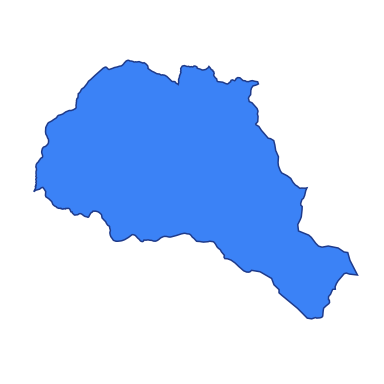 Luncoiu De Jos, Hunedoara, Romania (Albers equal-area conic projection), rotated 175°
{"feature_id": "2599482B97743802111601", "entity_name": "Luncoiu De Jos", "entity_type": "district", "adm_level": 2, "iso_a3": "ROU", "parent_name": "Romania", "parent_adm1": "Hunedoara", "projection": "albers", "projection_center": [22.778, 46.083], "detail": "fine", "context": "isolated", "style": "filled", "palette": "blue", "viewbox_px": 384, "rotation_deg": 175, "n_neighbors": 0, "source": "geoboundaries", "source_scale": "gbopen_adm2", "svg_char_len": 6058}
<svg xmlns="http://www.w3.org/2000/svg" viewBox="0 0 384 384"><g transform="rotate(175 192 192)"><path d="M190.7,318.3L192.5,316.0L192.5,313.8L192.9,313.0L192.6,312.2L193.4,310.4L194.3,308.9L194.4,308.0L195.0,306.3L195.5,305.6L195.6,304.7L195.8,302.0L196.4,300.3L197.0,300.9L198.4,301.8L199.3,303.3L200.4,303.7L201.4,303.6L202.5,304.1L207.0,309.3L209.0,310.7L211.2,311.3L212.5,311.2L214.2,312.4L215.5,312.6L216.9,313.0L219.4,314.7L221.4,315.8L225.1,318.9L224.9,319.9L225.2,321.7L226.9,323.8L228.5,325.0L229.6,324.7L229.8,324.8L230.9,325.4L231.6,325.6L233.0,326.4L233.9,326.5L235.7,326.3L236.7,326.6L238.2,326.5L238.6,326.6L239.0,327.0L240.3,327.5L241.3,327.8L242.3,327.9L243.4,328.6L244.2,328.8L245.2,328.6L246.4,328.1L246.8,327.6L247.9,326.8L248.7,325.8L249.8,324.8L251.1,323.9L252.0,323.7L252.7,323.7L253.6,323.6L255.5,323.1L258.7,322.7L259.3,322.4L263.6,321.3L264.4,321.4L264.8,321.8L266.4,323.7L267.5,324.0L269.7,323.1L278.3,316.7L283.1,312.9L285.4,311.4L287.1,309.1L290.5,305.5L291.8,304.8L293.1,304.0L294.5,301.7L295.6,300.5L296.7,299.9L297.3,296.5L297.6,295.6L298.4,295.2L298.7,294.4L299.1,293.4L299.2,291.9L299.5,291.1L299.5,290.3L300.0,288.5L300.0,286.6L300.1,286.1L300.9,285.2L301.8,284.9L302.9,284.3L305.3,283.7L307.2,283.9L310.8,282.8L314.1,280.9L316.4,280.3L318.4,280.0L319.5,279.2L320.3,278.0L320.8,277.6L323.7,276.1L325.7,274.9L328.7,273.7L329.6,273.0L331.4,270.2L332.1,268.8L332.7,264.7L332.6,262.7L332.5,262.2L331.7,260.6L331.1,258.3L330.6,257.6L330.5,256.9L330.4,255.4L330.8,253.3L331.4,252.4L332.0,251.7L333.0,251.0L333.6,250.4L334.1,250.1L335.0,250.0L336.1,249.6L337.1,248.5L337.5,247.8L337.8,246.6L338.1,246.0L338.3,244.8L338.2,243.7L337.7,241.7L337.7,240.7L337.8,240.0L338.2,239.4L338.9,239.2L339.8,238.7L340.3,238.2L340.5,237.6L341.5,236.8L342.2,235.6L343.6,234.5L344.7,233.1L345.4,230.5L345.0,229.7L345.0,227.3L345.5,226.4L345.8,223.9L345.7,222.8L345.7,222.3L346.2,221.1L346.1,220.7L345.6,219.7L346.4,218.6L346.5,218.1L346.4,217.5L346.2,216.8L346.1,216.2L346.6,215.5L346.7,215.0L346.4,214.4L346.4,213.8L346.6,213.3L347.1,212.6L347.2,212.2L346.8,211.9L346.9,211.6L347.5,211.1L347.7,210.8L347.3,210.2L347.3,209.8L349.6,206.1L347.5,207.4L343.6,208.1L341.6,209.4L340.2,209.6L339.1,207.9L337.7,205.2L338.3,201.4L338.0,200.0L335.2,197.7L332.6,194.7L331.7,191.8L330.8,190.7L329.6,189.7L328.4,189.0L327.9,188.2L326.3,187.4L324.7,187.2L323.9,186.8L323.8,187.1L323.6,187.0L322.8,186.4L322.2,186.2L321.9,186.2L321.1,186.6L319.5,186.1L319.3,186.2L319.3,186.6L318.8,186.6L316.5,186.5L316.4,186.4L315.6,186.1L315.2,185.4L314.9,184.6L314.4,182.9L314.2,182.7L313.3,182.6L313.3,182.2L313.1,181.7L312.8,181.2L311.2,179.4L310.7,179.2L309.4,179.3L307.8,179.3L306.8,179.9L306.0,180.2L305.3,180.2L304.4,180.0L303.8,179.6L301.7,177.7L300.7,177.0L298.3,176.2L298.0,175.9L297.6,175.9L297.2,176.1L296.8,176.6L296.3,177.5L294.8,179.7L294.1,180.2L292.9,180.8L292.4,181.5L291.9,181.5L289.6,181.3L287.4,180.5L286.3,179.7L285.2,178.6L284.3,177.5L284.1,177.1L283.9,174.6L283.8,173.9L283.1,173.1L282.0,171.6L280.6,170.0L280.1,168.6L279.9,168.0L279.0,166.5L278.7,166.1L278.2,165.8L277.3,165.1L277.1,164.7L277.2,164.4L277.1,163.3L276.7,161.2L276.7,160.5L277.1,159.6L277.4,158.4L277.2,156.3L277.0,155.5L276.7,154.5L276.2,153.6L275.6,152.7L274.7,151.0L274.1,150.5L272.1,149.6L270.4,149.4L267.0,149.5L265.7,149.7L263.2,150.4L259.2,152.3L255.9,154.4L255.4,154.7L254.8,154.7L254.2,154.6L252.6,153.9L251.8,153.1L250.0,150.7L248.7,149.4L247.8,148.0L247.3,147.5L246.5,147.1L245.7,146.9L245.4,146.9L244.9,147.2L244.5,147.5L244.1,148.3L241.9,148.0L241.0,148.1L239.8,148.1L238.1,147.6L236.3,147.3L234.7,146.5L232.8,146.2L231.7,146.4L230.6,146.8L229.0,147.7L227.3,149.0L224.6,150.0L223.4,150.2L222.4,150.1L221.1,149.9L219.0,149.2L217.8,149.0L216.6,149.1L211.5,150.0L206.3,151.2L203.8,151.5L202.8,151.5L201.7,151.2L200.7,150.8L198.5,150.4L197.9,150.1L196.8,149.0L195.6,147.0L194.1,145.6L191.8,142.6L191.2,142.4L188.5,142.0L186.7,141.5L184.9,141.1L180.3,141.1L178.6,141.4L175.4,140.7L174.9,140.5L174.1,139.6L173.1,138.0L171.8,135.1L170.5,133.5L169.3,132.5L168.6,131.6L168.0,130.0L165.3,126.1L165.8,124.3L165.1,122.8L162.5,122.4L159.1,120.8L155.3,117.6L151.8,113.6L147.4,109.0L144.6,107.5L142.3,107.2L140.9,107.6L139.5,108.8L131.1,106.6L120.2,98.9L118.4,92.4L113.8,87.2L114.1,84.0L111.5,81.2L97.0,66.9L88.2,56.3L83.8,55.2L80.2,56.1L79.7,56.1L79.0,55.6L78.4,55.5L75.4,55.5L73.9,55.8L73.6,56.0L72.9,56.5L72.7,56.8L72.5,57.5L71.7,62.0L71.0,64.8L68.6,66.7L65.4,68.9L64.6,69.9L64.6,72.3L65.4,72.9L65.1,75.9L62.9,78.1L60.6,82.4L60.0,82.8L57.7,82.7L57.7,85.1L56.1,88.2L54.2,90.8L47.5,97.4L45.3,97.8L42.3,96.5L34.4,94.9L40.6,110.1L42.1,118.1L45.8,119.0L51.3,123.5L61.0,126.3L67.3,125.7L70.7,127.1L73.2,130.1L77.1,136.4L79.5,138.9L89.3,143.9L89.5,150.3L86.5,155.2L85.3,157.7L83.9,164.8L83.5,168.0L84.7,169.3L84.7,171.2L83.1,175.0L81.6,175.9L80.1,178.7L78.5,183.6L77.1,186.1L78.7,185.9L82.9,186.4L84.3,186.3L86.7,188.7L88.4,189.9L90.5,192.8L91.8,195.5L92.4,196.9L95.8,199.9L101.0,203.2L102.2,205.5L103.6,210.4L103.7,213.8L102.8,219.6L104.0,223.0L104.5,224.7L105.0,225.8L105.4,231.7L106.1,236.1L109.1,238.3L111.4,238.9L114.6,243.4L117.5,247.4L119.7,251.5L122.4,253.4L122.6,254.2L120.4,256.3L119.6,261.6L120.1,264.0L119.2,266.8L119.9,269.5L124.4,275.6L127.1,277.1L127.6,280.4L127.4,281.0L126.3,282.6L125.1,283.8L124.5,288.2L123.6,290.5L121.9,292.4L119.5,292.8L117.7,293.3L116.4,293.9L117.0,296.1L119.7,296.8L122.2,297.7L123.6,297.6L126.2,297.0L128.2,297.3L129.4,298.2L131.5,298.6L134.3,301.6L136.4,302.0L138.1,301.2L138.7,300.1L139.7,299.1L142.0,300.2L143.4,299.8L144.0,298.4L145.3,297.9L146.0,297.0L147.4,296.5L148.8,297.0L151.8,298.7L156.6,299.7L157.2,300.2L157.5,301.2L157.5,302.4L158.9,303.9L160.2,306.1L160.2,306.9L159.6,308.0L159.9,310.0L160.6,310.5L160.7,311.4L162.2,312.4L163.1,314.1L164.2,315.6L165.1,314.4L167.6,312.9L170.1,312.6L171.3,312.7L173.1,313.7L176.0,314.8L176.1,316.0L177.3,316.9L178.4,317.3L179.1,317.3L180.1,316.6L180.8,316.6L181.8,317.0L183.1,316.8L184.4,317.5L185.1,317.4L186.1,317.5L188.6,318.6L190.7,318.3Z" fill="#3b82f6" stroke="#1e3a8a" stroke-width="1.5"/></g></svg>